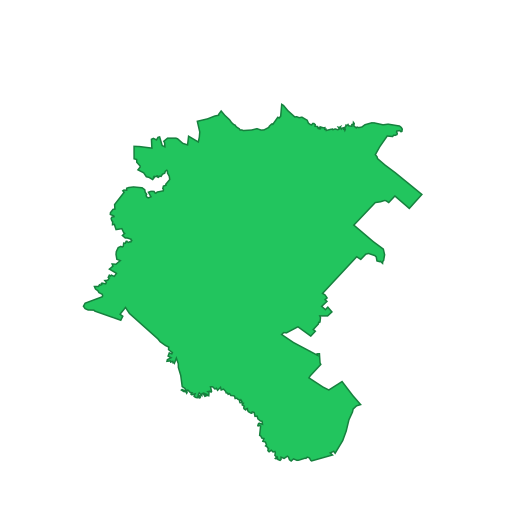 outline of Juárez, Chiapas, Mexico, rotated 114°
{"feature_id": "50627088B99297205497031", "entity_name": "Juárez", "entity_type": "district", "adm_level": 2, "iso_a3": "MEX", "parent_name": "Mexico", "parent_adm1": "Chiapas", "projection": "robinson", "projection_center": [-93.174, 17.701], "detail": "fine", "context": "isolated", "style": "filled", "palette": "green", "viewbox_px": 512, "rotation_deg": 114, "n_neighbors": 0, "source": "geoboundaries", "source_scale": "gbopen_adm2", "svg_char_len": 6138}
<svg xmlns="http://www.w3.org/2000/svg" viewBox="0 0 512 512"><g transform="rotate(114 256 256)"><path d="M123.3,162.6L120.4,175.4L117.6,184.6L116.1,185.8L114.9,188.2L105.8,187.4L93.0,184.9L91.3,179.8L89.7,179.4L89.2,178.0L87.7,176.6L86.4,176.9L85.7,178.0L84.6,178.2L83.0,175.8L83.5,174.1L82.8,173.4L80.6,174.0L79.5,175.5L78.9,177.8L81.8,188.9L84.5,193.3L86.3,202.1L87.3,204.5L91.7,209.8L95.2,211.8L97.0,214.5L97.1,216.1L98.2,216.5L97.4,219.5L95.0,220.2L94.4,221.3L96.1,220.7L96.9,221.9L98.5,221.2L99.4,224.3L98.5,225.4L99.3,225.6L99.9,227.1L101.2,226.5L102.5,227.4L104.0,225.9L105.1,225.9L104.2,226.7L104.6,227.4L103.2,228.1L104.0,229.1L105.2,229.6L104.5,230.1L105.2,231.6L103.7,231.5L104.8,232.3L104.9,233.1L106.0,231.5L107.4,232.6L107.7,235.3L109.3,237.1L108.7,238.5L109.3,237.8L109.6,238.9L112.8,242.9L111.6,243.7L112.3,244.7L110.7,245.3L111.5,246.5L111.9,249.8L113.3,248.8L113.9,249.2L114.1,250.4L113.0,250.1L113.8,251.7L112.7,252.4L113.5,254.8L111.9,255.3L111.4,257.0L111.9,258.1L113.6,258.5L113.8,260.2L113.3,262.2L111.2,264.4L110.5,270.5L112.1,272.8L112.2,275.5L113.2,277.1L110.3,286.0L107.3,292.1L107.0,294.2L118.3,290.3L120.5,291.0L120.4,292.5L128.9,294.2L128.7,294.9L129.1,295.4L132.3,296.7L133.2,296.5L137.5,299.9L138.9,302.5L139.3,306.9L142.8,311.4L146.6,318.7L146.6,320.2L147.4,321.7L146.6,323.0L146.0,326.6L144.9,328.4L145.0,329.8L144.0,332.7L142.3,335.6L140.2,341.7L137.7,346.8L141.7,347.7L142.6,347.4L145.0,350.7L150.4,356.0L156.8,364.4L165.6,357.8L170.5,356.1L175.3,355.1L174.0,366.3L182.3,363.7L182.9,368.7L180.8,375.3L180.9,377.0L184.3,384.7L188.7,386.9L189.7,385.5L193.3,383.7L193.3,386.6L186.4,392.5L187.5,393.8L190.4,394.1L190.3,397.6L191.9,399.0L199.8,395.0L203.4,406.9L205.4,412.0L216.8,406.9L216.4,404.3L218.9,403.0L220.9,398.5L221.9,398.0L225.3,398.9L225.7,392.4L228.2,388.4L227.7,385.7L228.2,381.5L225.8,380.9L225.7,381.6L224.7,381.5L224.1,379.5L223.0,379.1L222.8,378.4L223.9,377.9L223.9,377.2L222.2,376.5L221.9,375.1L219.3,374.7L217.5,373.1L215.4,373.3L213.9,372.4L214.4,371.5L216.3,370.5L218.4,367.7L221.2,365.9L227.1,367.6L228.0,367.0L229.8,369.0L232.3,368.6L232.6,367.7L234.2,367.2L237.7,372.2L239.4,373.1L239.6,373.6L238.5,375.5L239.6,378.2L241.5,380.2L244.6,376.0L246.8,378.1L246.4,380.1L245.2,381.1L244.1,381.0L242.8,383.2L240.7,384.6L240.0,387.8L242.7,395.9L245.2,400.1L246.7,401.7L248.5,400.9L249.5,403.5L250.6,404.2L251.5,402.4L266.5,406.1L270.5,404.0L271.6,405.6L275.6,406.6L277.3,406.0L277.2,402.3L277.8,401.7L279.3,403.6L280.8,403.5L282.5,402.0L282.8,401.0L285.8,399.8L284.7,398.3L288.8,394.6L285.6,389.7L288.6,386.2L288.8,385.2L291.6,386.4L292.7,382.8L291.9,380.8L291.5,377.0L292.2,376.8L292.3,375.8L294.0,376.0L294.5,377.3L295.4,377.9L295.5,379.4L295.0,379.9L295.4,380.6L297.5,380.5L298.0,382.1L301.2,381.2L302.2,381.9L302.2,383.4L304.4,385.3L308.8,385.4L311.5,384.5L315.6,381.8L315.4,378.1L320.5,380.6L321.8,384.2L323.5,382.6L327.6,384.6L328.6,376.4L332.3,377.2L332.3,380.4L333.5,380.7L333.2,382.2L335.6,382.3L335.9,381.0L338.6,381.7L339.9,384.1L341.0,382.0L342.6,382.0L343.3,385.3L344.1,384.6L343.7,385.6L344.5,386.1L345.1,385.5L346.1,386.5L346.0,387.3L347.9,387.5L349.6,391.2L351.4,389.3L352.1,386.3L353.3,384.6L353.5,380.9L354.7,379.9L355.8,379.9L368.6,392.9L372.1,393.2L373.6,390.7L373.6,387.5L371.4,382.1L371.9,380.8L369.7,353.4L365.2,353.2L364.5,356.5L356.1,354.3L360.0,348.2L371.6,312.0L373.3,308.7L374.6,302.3L374.7,298.7L377.1,297.8L378.2,293.1L379.7,293.1L379.8,295.8L383.2,295.6L383.5,292.2L386.7,294.8L388.4,294.5L386.6,291.4L387.6,290.8L386.1,289.2L387.4,288.3L386.9,287.4L387.2,286.9L381.7,287.2L386.0,283.2L389.4,281.6L395.7,276.2L405.3,270.3L405.9,266.9L407.8,265.4L408.2,265.9L408.0,269.2L408.8,269.6L409.2,266.8L408.5,264.8L409.6,263.5L408.8,263.4L406.7,264.7L406.2,263.6L407.4,260.7L407.0,258.8L408.6,259.2L408.9,258.2L406.7,255.6L409.3,255.6L409.6,254.8L409.7,253.1L409.1,251.4L407.8,252.1L407.4,251.7L408.5,249.6L407.7,249.4L406.5,250.2L406.7,251.7L406.2,252.3L404.1,252.2L405.6,248.7L403.7,249.3L402.5,248.1L402.5,244.8L403.4,245.3L403.8,247.3L405.0,245.6L403.2,243.9L402.9,242.3L399.8,243.4L399.5,244.8L398.4,243.4L398.6,241.7L397.8,241.5L394.0,244.4L393.1,242.5L394.2,239.4L392.9,238.4L394.3,236.5L390.4,235.0L392.6,233.3L390.8,231.5L392.0,228.7L393.2,227.6L392.8,226.2L393.7,225.2L392.5,224.1L393.7,222.3L392.7,219.4L393.1,218.3L394.7,217.1L393.7,215.6L394.3,214.1L394.1,212.8L395.4,211.9L393.5,211.4L394.7,209.6L396.3,210.4L395.7,207.7L397.6,208.1L398.0,205.7L399.8,205.4L400.5,204.7L400.8,202.9L399.7,202.8L398.8,201.8L400.2,201.1L401.3,199.7L401.6,196.5L401.3,195.9L400.4,196.3L399.9,195.9L399.7,194.0L402.9,191.7L401.9,189.8L404.0,188.0L404.9,184.9L404.5,183.2L407.1,181.6L407.4,185.0L408.0,185.5L410.1,185.4L410.4,185.0L409.4,183.7L409.5,182.6L418.4,179.7L418.5,178.4L420.0,176.6L419.5,174.5L422.5,174.4L422.1,171.7L424.3,169.6L425.6,170.0L425.8,168.2L426.6,167.3L426.7,166.3L428.6,166.2L429.5,165.0L429.5,164.3L427.2,163.1L428.1,160.7L426.9,159.2L427.8,158.4L430.5,157.6L431.3,155.4L433.1,156.0L433.1,155.1L431.3,154.7L433.0,153.3L432.9,150.9L431.7,150.4L429.6,151.3L429.5,148.0L426.1,145.9L426.5,144.5L428.5,142.6L429.0,140.5L426.1,139.2L426.0,135.5L425.2,134.0L420.8,129.0L420.6,128.1L418.9,127.4L418.7,125.1L420.4,122.9L420.6,121.9L406.7,105.2L405.7,108.1L402.8,105.6L404.0,103.5L389.4,101.7L379.2,102.4L367.8,104.5L359.4,104.4L356.3,105.0L352.0,103.2L349.2,100.0L344.1,110.9L335.7,126.3L348.8,135.0L348.5,141.5L345.8,158.1L343.3,157.7L328.7,152.7L327.5,154.1L319.5,158.3L320.5,160.3L321.7,159.3L321.5,162.3L319.8,186.7L317.3,200.6L314.7,199.6L313.8,196.9L303.6,188.9L306.9,173.4L300.6,171.2L299.9,173.8L292.8,171.4L291.1,171.8L290.7,170.8L290.0,170.8L286.1,172.0L284.8,173.4L281.6,166.2L276.2,163.9L273.5,169.6L276.8,170.8L275.3,175.5L268.6,172.7L267.8,175.2L265.4,174.0L263.5,177.1L263.1,180.0L215.7,163.7L216.5,158.9L209.6,156.4L207.9,154.2L207.3,147.6L207.9,145.8L211.3,143.5L210.9,140.7L210.3,140.3L211.2,137.4L209.4,138.0L208.2,137.6L202.6,139.0L197.9,142.5L195.2,154.7L188.0,179.2L158.7,168.8L155.8,164.3L153.1,161.3L152.6,159.8L153.2,156.5L144.7,153.5L150.2,135.3L132.3,129.5L123.3,162.6Z" fill="#22c55e" stroke="#15803d" stroke-width="1.5"/></g></svg>